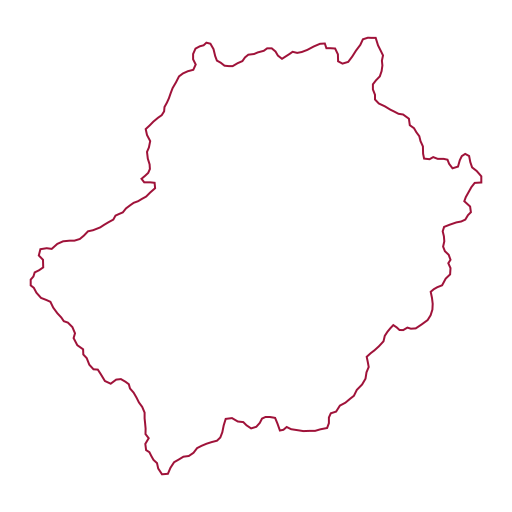 Franciscópolis, Minas Gerais, Brazil (Robinson projection)
{"feature_id": "56859067B40069037884515", "entity_name": "Franciscópolis", "entity_type": "district", "adm_level": 2, "iso_a3": "BRA", "parent_name": "Brazil", "parent_adm1": "Minas Gerais", "projection": "robinson", "projection_center": [-41.966, -17.999], "detail": "fine", "context": "isolated", "style": "outline", "palette": "rose", "viewbox_px": 512, "rotation_deg": 0, "n_neighbors": 0, "source": "geoboundaries", "source_scale": "gbopen_adm2", "svg_char_len": 3678}
<svg xmlns="http://www.w3.org/2000/svg" viewBox="0 0 512 512"><path d="M158.2,468.5L162.0,474.3L167.9,473.8L170.5,467.7L174.1,462.2L179.0,459.4L183.4,456.7L188.8,456.0L193.5,452.8L197.1,448.1L201.6,445.8L206.6,443.7L211.6,442.1L217.0,440.7L220.3,437.5L222.3,432.3L223.7,425.4L225.7,418.9L232.0,418.1L237.8,421.5L243.3,422.1L246.5,425.3L251.1,428.4L256.3,426.8L259.8,422.9L262.0,418.6L265.4,417.0L269.8,417.0L275.1,417.9L277.5,423.7L279.9,430.5L283.4,429.8L286.7,427.0L291.1,429.2L299.6,430.5L303.3,431.1L308.9,430.9L315.0,430.9L320.4,429.3L327.1,428.0L328.9,423.2L328.9,417.5L330.8,413.3L336.1,411.6L339.9,405.6L345.4,402.7L350.3,398.6L353.9,395.8L356.8,389.9L362.1,384.5L365.5,378.7L366.5,372.3L368.7,367.0L367.8,362.1L366.7,356.8L370.8,353.1L374.6,350.2L379.0,346.2L383.5,341.3L384.8,335.8L387.5,331.7L390.3,328.3L393.3,325.1L396.7,327.4L399.5,330.0L403.2,330.1L407.4,327.6L410.9,328.7L415.7,328.4L421.7,324.4L427.6,320.1L430.6,315.3L432.4,309.6L432.7,303.9L432.0,298.0L430.7,291.8L433.8,289.2L437.3,287.2L442.1,285.3L445.7,278.6L450.1,274.4L450.5,268.1L448.3,263.2L450.5,259.8L448.7,254.8L444.9,251.2L443.1,246.6L444.3,241.3L443.9,236.3L442.7,231.3L444.1,226.9L449.7,224.7L456.4,222.4L461.2,221.5L465.3,219.6L468.0,215.1L470.9,212.2L470.1,206.5L464.3,201.2L465.8,197.1L468.0,193.2L471.4,187.1L474.7,182.9L481.3,182.5L481.3,176.3L476.7,171.0L472.1,167.4L470.3,162.1L469.1,156.0L465.2,153.9L461.8,156.1L459.8,160.2L458.0,166.6L452.5,168.3L449.1,163.8L447.5,159.7L443.8,158.9L437.8,158.9L433.2,157.1L429.6,159.2L424.1,158.6L423.1,153.8L422.9,146.4L420.5,141.1L419.3,136.2L416.4,132.3L414.0,128.2L409.8,125.2L408.9,118.7L403.1,114.5L398.5,113.8L393.9,111.4L390.4,109.7L384.8,106.3L378.8,103.5L375.0,99.5L375.0,94.8L372.9,89.4L372.9,84.3L376.0,80.3L379.8,76.4L381.6,71.1L382.4,65.5L381.9,60.7L383.0,55.4L381.0,51.3L378.0,45.3L375.7,37.9L371.9,37.9L367.9,37.7L362.9,39.3L360.3,44.9L356.0,50.6L352.2,56.6L348.2,61.9L342.5,63.6L338.1,61.3L337.9,54.3L335.1,48.5L330.2,48.2L326.4,48.2L324.8,43.5L320.0,43.8L313.7,46.5L307.3,49.9L301.8,52.0L297.2,52.9L292.6,51.8L289.5,54.0L285.9,56.3L282.0,58.8L277.9,55.6L275.5,51.5L271.7,48.3L267.2,48.3L263.8,50.8L257.8,52.4L254.1,54.0L248.3,54.7L245.0,57.4L242.4,61.1L237.6,63.2L232.7,66.1L228.6,66.1L224.5,65.7L220.7,62.7L216.9,60.6L215.2,56.1L213.5,49.1L210.4,43.7L206.4,42.7L203.6,45.3L199.8,46.3L195.5,48.6L193.1,54.0L193.1,59.3L195.7,64.5L193.3,69.8L187.9,71.2L183.0,73.4L179.0,76.4L176.0,82.3L172.6,88.1L170.7,93.1L168.9,98.3L166.9,102.7L164.5,107.0L164.1,111.4L161.7,115.2L158.1,117.7L153.4,121.6L149.6,125.5L145.7,129.1L147.0,135.0L150.2,141.1L148.9,147.5L147.0,151.9L147.8,158.6L149.6,164.4L149.9,169.0L148.2,172.9L145.1,175.8L141.5,178.8L144.2,182.3L149.9,182.3L154.6,182.8L155.1,188.2L150.2,192.5L146.1,196.6L141.9,198.9L138.1,201.2L133.7,202.8L130.4,205.1L126.0,208.4L122.8,212.4L119.0,214.0L115.5,215.6L113.3,219.6L108.7,222.1L104.0,224.9L100.2,227.4L93.1,230.2L88.0,231.3L83.9,235.6L79.8,239.0L74.3,240.7L69.4,240.7L63.1,241.3L57.3,243.9L51.7,248.9L46.7,248.2L40.4,249.2L38.8,255.5L43.0,259.8L43.2,267.4L39.0,270.3L34.7,272.4L33.4,276.5L30.7,279.6L30.7,285.4L33.8,287.8L36.4,292.7L41.0,297.9L46.4,300.0L50.4,301.8L53.2,307.6L57.3,313.2L61.3,317.5L63.8,321.2L67.9,322.6L72.4,327.1L75.0,333.3L73.6,338.1L77.3,345.2L83.1,349.3L83.3,354.5L86.7,358.1L89.3,364.7L93.5,369.3L97.8,369.6L100.6,373.9L104.9,381.0L110.7,383.7L116.2,379.6L120.9,379.1L125.4,381.7L128.8,384.2L130.0,388.5L133.6,392.6L136.5,397.6L138.9,402.4L142.2,406.9L144.6,412.6L144.6,418.4L145.1,423.2L145.6,428.6L145.5,434.1L148.7,438.2L145.3,443.9L146.1,450.1L149.4,452.2L151.3,456.0L153.5,459.9L157.0,463.1L158.2,468.5Z" fill="none" stroke="#9f1239" stroke-width="2"/></svg>